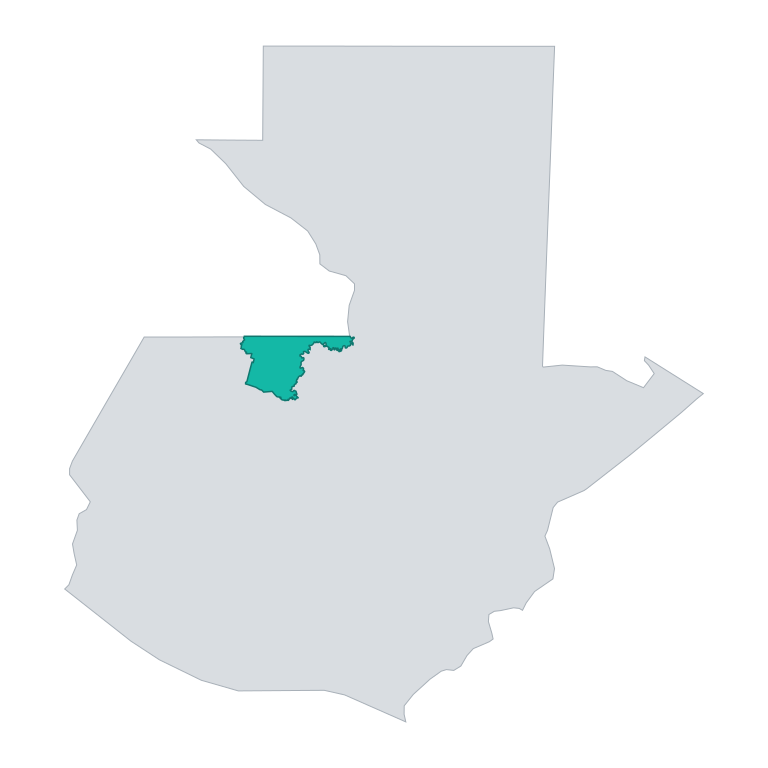 Ixcán, Quiché, Guatemala shown in context
{"feature_id": "79465075B29604867633206", "entity_name": "Ixcán", "entity_type": "district", "adm_level": 2, "iso_a3": "GTM", "parent_name": "Guatemala", "parent_adm1": "Quiché", "projection": "mercator", "projection_center": [-90.715, 15.881], "detail": "fine", "context": "in_parent", "style": "filled", "palette": "teal", "viewbox_px": 768, "rotation_deg": 0, "n_neighbors": 0, "source": "geoboundaries", "source_scale": "gbopen_adm2", "svg_char_len": 7178}
<svg xmlns="http://www.w3.org/2000/svg" viewBox="0 0 768 768"><path d="M64.7,589.0L68.9,584.8L72.4,575.0L76.7,565.0L74.1,553.4L72.5,544.0L77.4,530.3L76.9,520.1L79.2,513.7L86.5,509.6L90.3,501.8L69.6,474.8L69.6,468.6L72.4,461.1L89.1,432.2L109.0,397.8L131.0,359.9L144.2,337.0L192.4,337.0L224.3,336.9L264.8,336.9L308.9,336.9L337.7,336.9L349.7,336.6L347.6,321.7L349.2,305.3L354.5,290.4L354.5,283.8L345.9,275.7L329.2,271.0L319.9,263.9L319.8,254.8L315.8,243.9L307.7,231.0L290.9,217.9L265.4,204.5L243.7,186.4L225.8,163.7L210.7,149.1L199.0,143.0L196.3,139.8L230.4,140.1L262.7,140.3L262.9,107.8L263.1,78.8L263.3,46.1L321.8,46.1L391.7,46.2L464.2,46.3L521.1,46.3L554.6,46.3L553.0,86.9L551.3,133.9L550.0,168.3L548.2,214.3L546.4,261.1L544.0,325.0L542.5,366.2L543.2,367.1L562.2,365.1L590.3,366.9L597.2,366.8L605.8,370.4L612.4,371.4L626.7,380.7L643.5,387.7L654.2,373.6L648.6,365.1L644.4,360.7L645.0,356.9L703.3,393.6L696.4,399.2L681.6,412.3L654.7,434.6L630.6,454.5L607.4,472.6L586.5,488.9L584.1,490.5L557.6,502.1L553.2,507.5L547.5,530.4L544.9,536.1L549.7,548.9L554.5,568.6L552.9,578.9L534.6,591.5L526.2,602.9L522.5,610.3L519.2,608.4L513.6,607.8L500.5,610.6L494.2,611.3L488.9,614.5L488.4,621.6L491.8,633.1L493.1,639.0L489.4,641.7L473.3,648.6L467.0,655.5L460.9,666.0L453.8,670.4L446.4,669.6L441.2,671.2L430.1,679.1L413.3,694.4L404.2,705.8L404.1,714.3L405.8,721.9L344.6,694.9L324.2,690.3L238.3,690.9L201.4,680.3L159.4,659.8L131.0,641.2L64.7,589.0Z" fill="#d9dde1" stroke="#a8b0b8" stroke-width="1"/><path d="M246.8,381.7L245.7,382.4L245.6,382.8L245.6,383.9L246.4,384.2L247.1,384.3L251.6,385.8L252.7,386.2L255.9,387.2L260.0,389.7L260.3,389.8L261.5,389.9L263.7,392.1L271.9,391.4L272.1,391.4L272.3,391.5L274.6,394.3L276.7,396.5L277.3,396.8L278.5,396.9L279.2,397.2L279.6,397.0L280.1,397.3L280.4,397.2L280.7,397.2L280.8,397.5L280.6,397.8L280.2,398.0L280.2,398.3L280.5,398.6L281.1,398.6L281.4,399.4L281.8,399.7L283.2,400.1L283.8,400.0L284.1,400.1L284.5,400.5L284.7,400.4L284.9,400.1L285.1,400.0L285.3,400.1L285.5,400.5L285.8,400.6L286.1,400.5L286.6,400.3L287.9,400.3L288.1,400.3L287.9,399.8L288.0,399.5L288.8,399.6L289.0,399.6L289.2,398.9L289.8,398.7L290.1,398.3L290.1,397.9L290.8,397.8L290.9,398.2L291.0,398.2L291.2,397.7L291.3,397.5L291.5,397.7L291.6,398.1L291.8,398.0L292.1,397.3L292.3,397.1L292.5,397.1L292.6,397.4L293.0,397.9L292.9,398.1L292.4,398.6L292.3,399.0L292.4,399.3L292.8,399.3L293.2,399.0L293.5,398.6L293.8,398.6L294.4,399.1L295.0,399.8L295.3,399.6L296.9,397.9L297.5,397.9L297.8,398.0L298.0,397.9L298.1,397.7L297.5,397.0L296.8,396.5L296.1,395.2L295.8,395.1L295.6,395.1L294.5,395.6L294.0,395.3L293.9,395.1L294.0,394.9L294.3,394.6L294.7,394.4L295.1,394.5L295.4,394.8L295.6,394.8L295.9,394.7L296.3,394.4L296.8,394.3L296.9,394.1L296.7,393.6L296.2,392.1L296.0,391.3L295.8,391.2L295.4,391.1L294.6,390.5L294.2,390.4L293.9,390.5L293.7,390.7L293.1,391.4L292.8,391.6L292.3,391.6L291.0,391.1L290.3,390.5L290.2,390.2L290.8,389.7L291.7,389.3L291.9,387.2L292.1,386.7L292.6,386.5L293.8,386.3L294.1,386.2L294.3,384.8L294.9,384.5L295.0,384.2L295.5,383.8L296.0,383.7L296.1,382.9L296.4,382.6L296.7,382.5L297.1,382.2L297.1,381.9L296.5,381.5L296.3,381.3L296.4,380.9L296.7,380.3L296.7,379.7L296.8,379.4L297.0,379.2L297.4,379.2L297.6,379.0L297.8,378.2L298.2,377.5L298.5,376.9L298.9,376.5L299.9,375.8L300.4,375.8L300.8,376.2L301.2,376.2L301.4,375.9L301.6,375.3L301.9,374.9L302.1,374.8L302.5,374.9L302.9,374.3L302.9,373.8L303.4,373.7L303.5,373.6L303.7,372.9L304.3,372.2L304.6,371.7L304.6,371.4L304.3,370.9L304.1,370.8L303.7,370.7L303.2,370.4L303.3,370.0L303.5,369.6L303.5,368.4L303.3,368.1L302.8,367.7L302.5,367.5L302.2,367.6L301.1,368.0L300.7,368.1L300.3,368.1L300.1,367.9L300.0,367.3L300.1,366.8L300.7,365.5L301.1,364.8L301.1,363.9L301.0,362.6L301.3,361.9L301.7,361.4L303.5,360.4L303.8,359.7L303.9,358.5L303.8,358.0L303.6,357.8L303.4,357.7L302.8,357.7L302.0,358.0L301.9,358.0L301.5,357.1L301.1,356.4L300.9,356.3L300.0,356.0L300.0,355.3L300.1,354.8L300.7,354.6L301.2,354.1L301.5,353.9L301.9,354.0L302.2,354.2L303.1,354.1L303.6,353.5L303.7,353.2L303.5,352.2L303.5,351.7L304.1,351.4L304.5,351.4L305.2,351.5L305.9,352.0L306.7,352.4L307.2,352.9L307.6,353.1L308.3,353.3L308.8,353.1L309.1,352.7L309.1,352.3L308.3,351.3L308.1,350.5L308.1,349.5L308.3,349.3L309.1,349.2L309.4,349.2L310.1,349.5L310.1,348.3L310.2,347.9L310.1,347.5L309.3,346.4L309.1,345.9L309.1,345.4L309.3,345.3L309.8,345.6L310.3,345.6L312.1,345.0L312.2,344.9L312.4,344.5L313.2,343.9L313.6,343.5L314.0,342.4L314.2,342.1L314.6,342.1L315.6,342.6L316.0,342.6L316.4,342.0L316.8,341.7L317.0,341.8L317.2,342.3L317.7,342.5L318.3,342.5L319.4,341.9L319.8,341.9L320.0,342.0L320.5,342.7L322.0,344.1L322.6,344.6L323.0,344.7L323.9,343.6L324.9,342.6L325.2,342.5L325.5,342.6L325.8,342.9L326.0,343.4L326.2,344.9L326.1,345.3L325.6,345.6L324.5,345.5L324.0,345.6L323.8,345.8L323.7,346.1L323.7,346.4L323.8,346.5L324.1,346.7L324.4,346.7L326.4,346.2L327.1,346.2L327.6,346.4L328.1,347.1L328.8,347.3L329.0,347.6L329.1,348.1L328.7,348.7L328.7,349.3L328.9,349.4L329.5,349.5L329.7,349.4L330.3,348.8L330.5,348.7L330.7,348.8L330.9,349.0L331.1,349.2L330.7,350.1L330.7,350.3L331.0,350.4L331.3,350.4L331.7,350.3L332.1,349.3L332.3,349.2L332.9,349.1L332.9,347.9L333.2,347.7L333.4,347.7L333.7,347.8L334.1,348.3L334.2,348.7L334.3,349.2L334.4,349.6L334.8,349.2L335.4,348.1L335.8,348.1L336.1,348.2L336.5,348.6L336.5,348.9L336.3,349.6L336.3,349.8L336.5,349.9L336.7,349.7L336.9,348.8L337.1,348.5L337.5,348.2L338.0,348.3L338.1,349.0L337.9,349.5L337.5,350.0L337.5,350.3L338.0,350.3L338.6,349.9L339.7,350.1L340.0,349.8L340.3,349.2L340.7,348.9L341.0,348.8L341.2,349.0L341.3,349.2L341.2,349.8L341.0,350.2L340.3,351.0L339.3,351.3L339.1,351.5L339.6,351.6L341.4,350.8L341.9,348.9L342.5,348.0L342.7,347.0L342.8,346.5L343.3,346.0L343.9,345.7L344.3,345.7L344.5,345.7L344.8,345.8L345.1,346.3L345.2,347.3L345.3,347.8L345.6,348.0L346.2,348.0L346.7,347.8L347.0,347.5L347.6,346.5L347.9,346.1L348.3,346.0L349.2,346.0L349.9,345.7L350.4,345.4L350.5,345.2L350.5,344.3L350.6,343.9L350.8,343.6L351.2,343.6L351.6,343.7L351.9,343.9L352.8,344.9L353.0,344.9L353.1,343.2L352.9,342.8L352.5,342.3L351.9,342.0L351.5,341.9L350.4,342.0L350.1,341.9L350.0,341.6L350.1,341.4L351.4,341.3L351.7,341.2L351.9,341.0L352.2,340.7L352.5,339.7L352.8,339.3L353.4,338.7L353.9,338.4L354.1,338.2L354.2,337.8L354.1,337.4L353.8,337.2L353.4,337.2L353.1,337.2L352.9,337.4L352.1,338.2L351.9,338.3L351.6,338.2L351.1,337.9L350.5,337.2L350.1,336.4L244.4,336.3L244.4,336.7L243.7,337.5L243.7,338.2L243.8,338.6L244.0,338.8L244.4,339.6L244.5,339.9L243.8,340.4L243.6,340.7L242.7,341.5L242.7,341.9L242.9,342.3L242.7,342.7L242.5,342.8L241.4,343.0L240.5,343.5L240.5,343.9L240.8,344.3L241.6,344.6L241.8,344.7L241.8,344.9L241.5,345.3L241.3,345.8L241.3,346.0L241.3,347.5L240.9,348.4L241.0,348.5L241.5,348.7L242.4,349.3L243.9,349.3L244.2,349.5L244.5,349.8L245.0,351.1L245.6,351.9L245.8,352.1L246.4,352.1L246.5,352.2L246.4,352.4L246.0,352.8L246.0,353.0L246.1,353.3L246.3,353.6L246.5,353.7L248.1,353.7L251.4,353.5L251.8,353.7L251.8,353.8L251.1,356.3L250.8,357.6L253.9,358.8L254.1,359.0L254.0,359.6L253.3,362.5L253.1,362.6L252.3,362.1L252.1,362.1L251.7,363.1L251.3,364.8L250.5,367.7L247.0,381.2L246.8,381.7Z" fill="#14b8a6" stroke="#0f766e" stroke-width="1.5"/></svg>